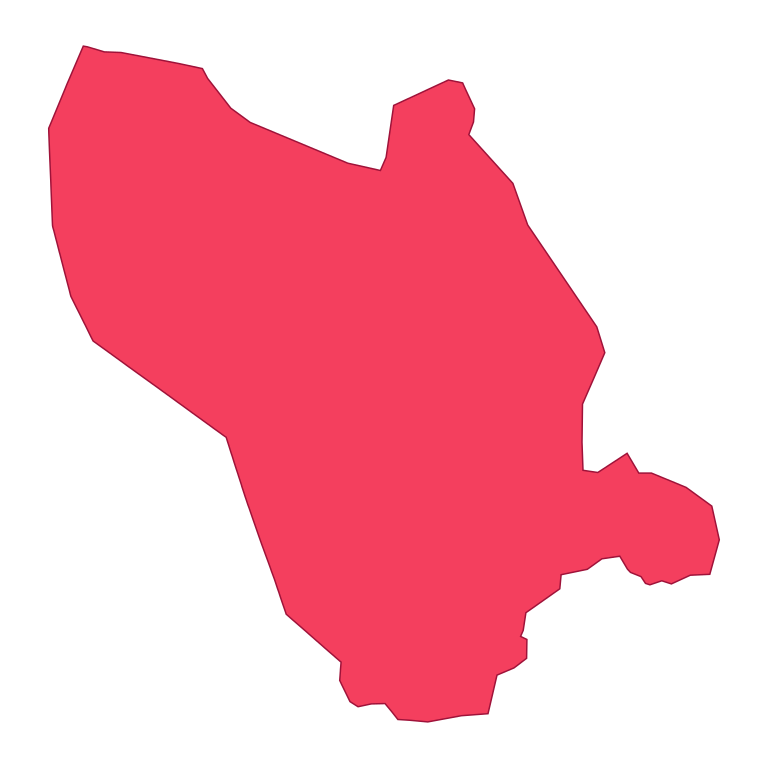 Ad Diwaim, White Nile, Sudan (Mercator projection)
{"feature_id": "16777658B64603280901749", "entity_name": "Ad Diwaim", "entity_type": "district", "adm_level": 2, "iso_a3": "SDN", "parent_name": "Sudan", "parent_adm1": "White Nile", "projection": "mercator", "projection_center": [31.891, 13.947], "detail": "fine", "context": "isolated", "style": "filled", "palette": "rose", "viewbox_px": 768, "rotation_deg": 0, "n_neighbors": 0, "source": "geoboundaries", "source_scale": "gbopen_adm2", "svg_char_len": 2462}
<svg xmlns="http://www.w3.org/2000/svg" viewBox="0 0 768 768"><path d="M463.1,83.9L462.6,82.9L448.4,80.0L393.7,105.4L386.1,157.4L380.4,170.5L347.8,163.2L250.1,122.4L230.8,108.2L207.6,78.4L202.4,68.6L179.1,63.6L121.0,52.5L107.5,52.0L104.3,51.9L87.3,46.8L83.3,46.1L69.6,78.1L67.0,84.1L65.1,88.8L51.6,121.4L48.7,128.3L48.8,132.4L49.5,151.0L49.6,153.4L50.8,181.6L51.0,187.6L51.3,195.3L51.8,207.7L52.5,225.3L52.6,225.9L52.7,226.6L53.2,228.5L53.4,229.2L53.8,230.5L54.2,232.1L55.8,238.4L56.8,242.1L59.4,252.3L60.0,254.4L61.5,260.3L62.7,264.9L64.4,271.5L66.4,279.0L66.5,279.5L69.3,290.1L70.4,294.6L70.9,296.4L71.4,297.4L76.5,307.7L79.2,313.0L84.3,323.3L85.3,325.2L90.9,336.7L93.1,341.0L94.2,341.8L100.3,346.2L113.6,355.8L127.6,366.0L129.4,367.3L135.8,371.9L136.3,372.3L145.4,378.8L152.6,384.0L159.3,388.8L162.8,391.4L171.7,397.8L178.1,402.5L179.1,403.2L188.6,410.1L192.8,413.2L199.5,418.0L203.6,421.0L215.0,429.3L220.6,433.3L221.8,434.2L223.3,435.3L224.2,435.9L226.2,437.3L227.4,441.2L228.7,445.2L231.1,452.9L232.2,456.1L234.1,462.3L234.6,463.8L235.1,465.4L236.2,468.8L237.4,472.4L237.9,473.9L238.7,476.5L238.8,476.8L239.2,478.0L241.5,485.1L241.8,486.3L244.3,494.0L245.0,496.2L245.8,498.5L247.3,503.0L248.0,505.1L249.1,508.0L249.5,509.2L253.5,520.8L259.0,536.6L259.6,538.3L261.4,543.4L261.6,544.0L263.2,548.3L265.3,554.1L268.4,562.5L270.6,568.6L271.4,571.0L274.1,578.3L274.4,579.1L275.5,582.4L277.5,588.5L279.0,592.7L279.4,594.0L280.5,597.4L282.7,603.9L285.6,612.3L286.2,614.2L292.8,620.0L297.1,623.7L308.0,633.2L308.3,633.5L312.1,636.8L316.5,640.7L320.9,644.5L324.8,648.0L330.0,652.5L340.8,661.9L341.1,662.1L340.5,669.2L340.4,671.2L339.8,679.6L339.7,680.4L340.2,681.4L341.5,684.2L346.3,694.0L350.0,701.6L350.9,702.2L358.0,706.7L359.1,706.5L371.3,703.9L383.5,703.6L385.1,703.6L386.3,705.1L391.6,711.5L397.5,719.0L397.9,719.5L398.1,719.5L409.2,720.2L427.8,721.9L461.4,715.7L488.0,713.7L497.0,675.1L514.0,667.9L526.6,658.3L526.9,639.5L520.6,636.4L523.2,630.4L525.9,612.7L543.5,600.3L559.8,588.8L561.1,574.7L587.3,569.3L601.9,558.8L619.8,556.2L627.5,569.2L630.5,572.4L641.0,576.6L645.5,583.4L649.9,584.8L661.8,580.8L671.4,583.9L690.3,575.2L709.8,574.3L719.3,539.8L711.8,506.1L686.1,487.4L651.5,473.1L638.8,473.1L627.1,453.3L597.8,472.5L583.0,470.3L582.0,442.3L582.5,404.1L593.7,378.5L604.8,352.7L596.8,326.9L527.7,225.0L512.9,183.4L502.5,171.9L468.8,134.6L473.5,122.0L474.6,108.8L465.5,89.3L463.1,84.0L463.1,83.9Z" fill="#f43f5e" stroke="#9f1239" stroke-width="1.5"/></svg>